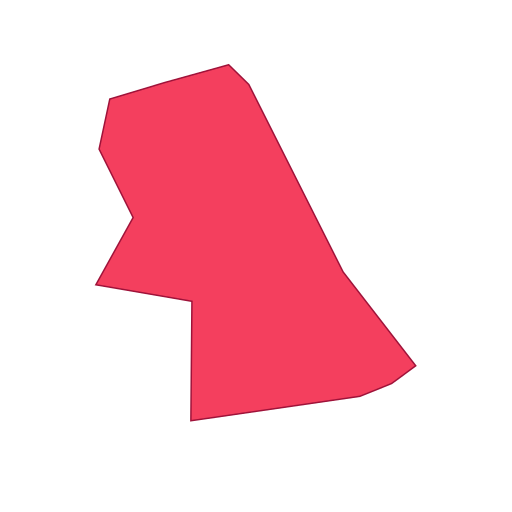 Ventspils, Natural Earth projection, rotated 106°
{"feature_id": "LVA-4852", "entity_name": "Ventspils", "entity_type": "Republican City", "adm_level": 1, "iso_a3": "LVA", "parent_name": "Latvia", "parent_adm1": "", "projection": "natural_earth1", "projection_center": [21.584, 57.407], "detail": "fine", "context": "isolated", "style": "filled", "palette": "rose", "viewbox_px": 512, "rotation_deg": 106, "n_neighbors": 0, "source": "natural_earth", "source_scale": "10m", "svg_char_len": 334}
<svg xmlns="http://www.w3.org/2000/svg" viewBox="0 0 512 512"><g transform="rotate(106 256 256)"><path d="M79.7,335.0L93.1,310.2L247.3,167.9L317.5,72.2L341.2,90.5L362.2,117.4L432.3,273.2L317.2,305.1L327.8,402.0L252.9,384.7L196.5,436.3L145.4,439.8L114.5,391.7L79.7,335.0Z" fill="#f43f5e" stroke="#9f1239" stroke-width="1.5"/></g></svg>